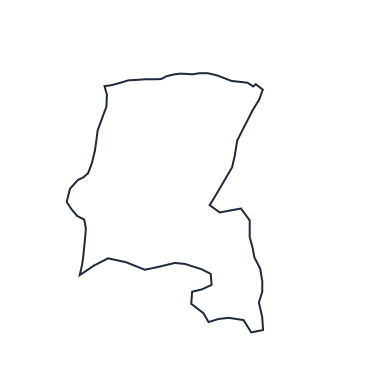 the district of Trypimeni, Cyprus, rotated 297°
{"feature_id": "46923920B43934732420538", "entity_name": "Trypimeni", "entity_type": "district", "adm_level": 2, "iso_a3": "CYP", "parent_name": "Cyprus", "parent_adm1": "", "projection": "natural_earth1", "projection_center": [33.639, 35.301], "detail": "fine", "context": "isolated", "style": "outline", "palette": "slate", "viewbox_px": 384, "rotation_deg": 297, "n_neighbors": 0, "source": "geoboundaries", "source_scale": "gbopen_adm2", "svg_char_len": 1187}
<svg xmlns="http://www.w3.org/2000/svg" viewBox="0 0 384 384"><g transform="rotate(297 192 192)"><path d="M67.0,129.7L81.7,137.9L94.8,147.3L99.5,165.3L101.3,185.2L109.7,195.7L121.0,208.9L124.7,218.4L127.5,235.5L127.5,245.9L118.1,251.6L109.7,245.0L103.2,237.4L92.0,242.1L89.2,257.3L83.6,265.8L91.0,273.4L96.6,281.9L101.3,296.1L93.8,308.5L101.3,318.0L112.5,311.3L123.8,301.8L135.0,299.9L144.3,295.2L154.6,287.6L162.1,277.2L169.6,271.5L178.0,263.9L192.9,256.3L199.5,243.1L186.4,226.0L188.3,213.7L199.5,214.6L216.3,215.6L232.2,216.5L243.4,213.7L258.4,208.9L270.5,208.9L280.8,208.9L292.0,208.9L305.1,209.9L315.3,208.6L317.0,199.9L313.8,198.6L314.6,192.0L311.9,184.7L308.9,176.9L308.1,169.1L307.3,161.4L305.0,152.1L301.2,144.7L297.0,138.9L294.7,133.4L292.0,127.6L288.9,123.0L284.0,117.1L278.6,113.2L275.2,107.0L271.3,99.3L267.1,92.3L262.5,84.5L258.7,80.6L253.7,75.2L250.3,71.3L246.6,66.0L246.1,66.5L239.9,72.1L229.2,77.0L218.4,78.2L204.0,80.0L193.9,83.6L184.9,86.7L172.3,89.7L161.6,90.9L155.6,88.5L150.8,84.8L139.4,81.8L126.3,84.8L122.1,92.1L118.5,100.6L118.5,108.5L111.3,114.0L104.1,117.0L96.4,120.0L83.8,124.9L76.6,127.3L67.0,129.7Z" fill="none" stroke="#1e293b" stroke-width="2"/></g></svg>